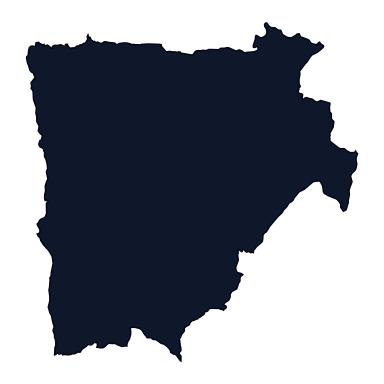 Villeta, Cundinamarca, Colombia (Mercator projection)
{"feature_id": "7082276B61730001772347", "entity_name": "Villeta", "entity_type": "district", "adm_level": 2, "iso_a3": "COL", "parent_name": "Colombia", "parent_adm1": "Cundinamarca", "projection": "mercator", "projection_center": [-74.484, 5.006], "detail": "fine", "context": "isolated", "style": "filled", "palette": "ink", "viewbox_px": 384, "rotation_deg": 0, "n_neighbors": 0, "source": "geoboundaries", "source_scale": "gbopen_adm2", "svg_char_len": 5747}
<svg xmlns="http://www.w3.org/2000/svg" viewBox="0 0 384 384"><path d="M266.7,23.0L265.5,23.1L264.6,24.3L264.8,26.5L266.2,28.6L266.9,31.0L266.9,33.5L265.6,35.6L263.6,37.0L261.8,37.7L260.3,37.7L256.7,35.5L256.1,35.5L255.6,36.1L255.4,39.0L253.3,45.5L253.3,47.0L254.0,47.5L255.2,47.4L256.8,46.5L257.4,46.7L258.0,47.7L258.0,49.7L257.0,50.5L254.3,51.8L246.1,52.5L245.1,53.2L241.8,51.0L239.3,49.9L236.0,51.1L228.6,47.7L226.4,47.7L224.5,48.3L220.8,48.3L218.8,49.7L209.0,49.5L205.9,50.6L202.9,50.3L200.1,50.9L198.9,50.6L196.4,50.9L195.3,51.5L193.0,54.7L191.6,55.0L180.2,53.0L180.2,52.1L178.3,51.9L178.0,52.5L177.6,52.5L176.1,52.0L172.6,51.9L169.5,51.4L166.2,52.0L161.8,46.9L161.3,46.1L161.2,44.7L159.6,44.4L148.4,44.0L141.5,44.4L140.8,44.9L136.0,44.7L136.0,44.9L133.7,44.4L130.9,44.5L130.5,44.0L127.4,43.1L124.5,42.9L119.3,43.5L117.9,44.5L117.4,44.5L115.8,44.3L114.7,43.1L108.2,42.4L106.7,41.9L104.3,41.8L103.0,42.6L103.3,42.8L101.5,43.6L99.5,43.1L97.7,42.1L95.8,42.5L94.4,41.4L93.5,42.1L92.4,40.6L91.6,40.4L91.0,39.7L90.2,37.5L89.5,37.5L88.6,36.9L88.0,35.0L87.1,36.9L87.7,37.7L87.5,39.6L85.7,42.7L84.9,43.3L83.6,43.4L81.7,44.9L80.5,44.8L79.5,45.2L78.4,46.5L78.0,46.5L77.1,45.9L74.8,47.8L71.6,48.0L71.0,48.5L70.3,48.2L68.9,47.1L67.1,44.2L66.7,44.2L65.6,44.6L64.8,46.1L64.1,46.5L62.0,45.2L60.6,44.8L57.0,45.5L55.2,45.3L53.8,45.5L52.4,46.6L52.6,48.2L51.6,48.4L47.6,45.1L44.7,46.1L44.2,44.5L42.2,44.7L39.7,43.5L38.7,42.4L36.1,42.7L35.5,46.2L34.4,46.5L32.3,46.0L30.7,46.4L29.4,47.6L28.7,50.2L28.2,55.2L27.5,56.2L26.9,56.5L26.5,57.8L27.5,62.9L28.7,65.7L29.9,70.2L31.6,72.1L33.6,73.2L34.1,75.3L35.1,76.8L34.3,78.6L31.0,82.8L31.7,85.8L31.2,88.5L32.8,90.6L33.1,91.4L33.5,99.5L36.4,107.9L35.9,112.9L36.4,113.4L36.1,114.3L36.7,115.8L36.9,121.7L39.2,126.2L38.3,130.9L40.0,133.3L42.4,135.5L41.6,139.6L39.9,140.7L38.9,143.8L38.9,144.9L40.0,146.8L42.8,148.2L43.8,149.5L43.8,150.8L44.8,152.8L44.5,153.6L44.6,156.8L45.6,158.2L46.3,160.3L47.2,164.3L47.7,168.6L46.4,171.8L48.0,179.2L46.8,181.1L45.3,185.9L45.6,190.9L44.7,194.8L44.7,199.0L45.2,200.5L48.0,200.3L47.7,201.5L46.4,203.7L46.6,213.1L45.8,215.9L44.8,217.4L40.8,219.3L39.9,220.1L38.1,223.3L37.2,224.0L37.7,225.6L39.7,229.0L40.1,231.2L39.1,233.4L37.2,234.0L38.0,235.7L40.2,238.2L40.7,240.4L43.6,244.9L48.7,250.4L51.9,255.8L52.4,257.6L53.2,263.2L51.4,272.2L51.1,275.2L51.4,275.8L49.9,277.8L50.1,280.0L49.6,286.9L49.0,289.9L49.8,296.3L49.8,301.0L48.3,307.0L49.9,312.9L51.5,315.5L52.5,320.8L54.2,327.0L53.2,329.7L53.1,331.0L54.5,334.5L54.5,337.1L55.5,339.7L55.8,342.8L55.8,345.7L55.0,347.5L54.6,354.8L55.8,354.4L57.1,353.1L57.7,352.9L58.8,354.1L62.1,353.5L62.6,353.9L62.7,354.8L64.4,354.5L68.0,354.8L70.6,354.5L72.4,353.8L74.4,353.8L78.2,352.0L79.6,352.2L80.3,352.0L82.1,349.1L86.3,346.3L87.5,344.9L88.4,344.6L91.1,344.9L92.2,344.4L93.7,342.8L94.6,342.3L96.3,342.8L96.7,342.2L97.3,342.2L97.4,345.7L96.8,347.2L100.0,347.7L102.5,347.8L104.3,347.0L108.7,343.0L111.8,343.5L113.3,343.5L114.1,343.1L119.1,345.4L122.2,346.4L125.5,345.9L126.9,346.0L126.9,343.9L128.1,341.0L129.4,339.2L130.6,334.5L130.7,331.1L130.1,327.8L132.4,327.3L135.0,327.3L139.5,328.4L141.9,330.0L144.7,334.6L146.0,335.9L147.1,337.7L150.8,337.7L153.1,339.4L156.2,339.7L161.1,343.3L164.1,344.2L165.1,344.9L167.4,346.7L170.1,349.7L170.8,352.4L173.2,353.9L175.1,354.4L176.4,355.2L180.2,360.5L180.9,361.0L181.0,356.2L179.1,353.8L179.3,352.5L180.8,350.7L180.9,349.3L180.5,346.4L180.0,345.3L180.2,343.9L179.6,343.0L179.9,341.6L179.3,339.3L180.5,337.4L181.4,334.7L184.2,331.2L184.4,330.5L184.2,328.7L184.6,327.8L186.5,326.2L189.0,325.0L190.4,322.3L191.9,320.8L194.8,320.0L196.0,319.1L197.4,319.0L198.6,317.7L199.8,317.2L203.8,314.4L204.3,313.7L204.6,312.0L207.7,311.0L208.0,310.2L210.1,308.3L218.7,308.4L219.8,308.7L220.5,309.3L222.2,309.4L223.5,310.2L224.3,309.0L225.6,308.4L226.3,307.1L225.7,305.9L223.4,304.6L224.8,302.8L228.1,300.6L229.1,299.6L230.1,297.0L230.1,294.9L230.5,293.6L231.8,291.5L236.6,288.9L237.5,286.8L238.2,283.8L239.9,281.2L240.0,277.9L240.4,276.6L242.8,274.7L241.4,273.6L237.6,272.6L236.4,271.2L235.8,269.1L235.7,267.3L238.3,260.0L237.6,255.3L238.1,253.3L238.1,248.9L241.5,251.6L242.1,251.5L242.4,250.1L243.1,249.6L244.3,250.0L246.1,251.9L246.9,252.0L249.0,251.5L250.8,252.7L252.3,252.2L253.3,252.6L253.5,250.5L256.4,246.8L262.0,241.9L262.6,240.2L263.0,235.0L264.6,232.8L266.4,231.8L269.7,226.3L277.3,217.2L282.1,212.6L283.6,209.9L286.5,207.0L289.1,203.0L291.6,201.5L293.2,200.0L294.1,197.9L299.0,191.9L304.2,189.3L313.1,181.7L318.4,180.9L320.3,181.4L322.7,186.0L323.5,192.0L324.5,193.4L328.6,195.8L336.7,199.0L339.2,201.6L340.3,203.5L340.7,204.4L340.9,206.6L340.6,207.1L342.9,210.6L343.5,211.2L346.1,209.8L348.2,202.7L348.2,200.7L349.4,194.4L349.0,191.7L349.2,189.3L352.0,181.8L350.5,176.1L351.6,173.7L355.2,170.0L356.0,168.1L356.8,163.9L356.1,161.0L356.1,157.9L357.5,153.6L356.2,152.4L355.7,151.2L355.4,151.8L353.5,152.6L350.2,152.6L346.8,150.9L344.6,148.9L343.1,148.6L340.7,148.8L338.7,148.1L329.9,141.1L329.9,138.4L329.5,137.3L330.1,135.3L329.7,133.5L333.2,127.0L333.8,121.5L331.4,119.1L331.3,113.6L329.7,111.9L329.4,106.9L330.0,103.8L329.8,103.1L320.8,100.5L317.4,102.0L315.8,101.8L311.9,99.0L309.5,98.6L306.7,97.6L305.0,98.0L303.3,99.4L303.4,99.1L302.9,99.2L302.5,98.8L302.2,97.4L302.6,94.9L302.4,94.3L298.2,92.8L298.2,91.1L298.9,89.3L298.8,88.2L300.2,86.4L299.0,83.5L299.0,79.4L299.9,74.4L299.6,71.1L305.0,64.0L307.2,61.6L310.2,56.9L312.0,54.9L317.0,52.5L321.2,49.2L323.1,47.4L323.6,46.3L323.4,45.6L320.7,43.9L319.6,42.2L318.8,42.6L316.5,44.8L312.0,43.6L310.6,42.7L309.4,40.7L308.3,39.7L301.0,37.0L300.3,36.5L299.4,34.1L298.8,33.8L297.2,34.0L295.6,35.4L291.3,37.9L288.3,37.6L285.9,36.7L283.1,34.9L282.3,34.0L280.7,30.3L277.9,30.1L275.3,27.9L271.1,27.6L269.1,26.3L266.7,23.0Z" fill="#0f172a" stroke="#020617" stroke-width="1.5"/></svg>